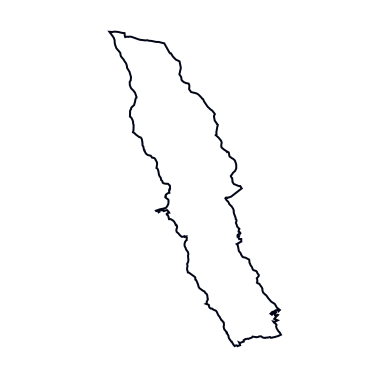 outline of Negomir, Gorj, Romania, rotated 200°
{"feature_id": "2599482B59466565061735", "entity_name": "Negomir", "entity_type": "district", "adm_level": 2, "iso_a3": "ROU", "parent_name": "Romania", "parent_adm1": "Gorj", "projection": "albers", "projection_center": [23.194, 44.802], "detail": "fine", "context": "isolated", "style": "outline", "palette": "ink", "viewbox_px": 384, "rotation_deg": 200, "n_neighbors": 0, "source": "geoboundaries", "source_scale": "gbopen_adm2", "svg_char_len": 5970}
<svg xmlns="http://www.w3.org/2000/svg" viewBox="0 0 384 384"><g transform="rotate(200 192 192)"><path d="M324.4,314.3L319.4,311.0L317.9,309.8L316.7,308.2L315.3,305.1L314.4,303.8L312.2,301.2L307.6,298.6L306.8,297.9L306.0,296.3L305.1,295.1L301.6,293.1L300.0,291.7L298.4,290.7L297.5,289.8L296.1,287.9L295.6,286.6L291.8,283.5L288.6,279.1L287.8,276.0L288.2,274.2L287.1,271.4L285.3,269.2L284.3,268.4L282.2,267.5L279.5,265.8L276.5,262.1L276.4,261.7L276.8,261.0L276.9,260.3L276.7,259.2L276.7,258.5L276.4,257.6L276.3,255.5L276.1,254.0L277.8,250.7L277.9,250.2L277.6,249.0L278.0,247.4L276.1,241.6L274.6,241.2L272.6,239.4L271.3,237.7L270.7,236.1L269.8,235.1L268.1,230.0L267.9,227.9L266.3,227.7L264.5,226.8L260.4,225.6L258.8,225.7L258.0,225.2L257.1,224.3L255.4,221.3L254.4,218.8L253.4,218.2L251.5,215.1L251.0,215.1L250.6,214.2L250.1,214.0L249.4,213.1L247.7,212.0L245.8,211.6L243.3,212.0L242.2,211.4L241.6,210.7L239.1,211.0L238.1,210.6L234.9,207.7L234.2,205.7L233.6,202.4L232.7,202.3L231.8,201.5L230.8,200.2L228.8,196.7L227.7,195.6L226.2,194.7L225.1,192.7L224.1,192.4L223.3,191.7L222.8,190.8L222.1,190.5L220.2,190.6L217.2,191.5L215.9,190.7L215.0,190.5L213.7,187.5L214.1,187.1L213.7,186.3L214.2,185.8L213.0,183.5L213.7,183.2L215.3,181.2L215.7,179.9L215.1,179.3L215.5,178.1L214.9,177.7L211.8,176.8L211.3,176.3L210.4,173.7L210.2,172.6L210.3,171.0L211.0,168.2L213.7,166.3L216.2,164.8L219.5,162.1L219.1,161.8L217.7,162.7L217.3,162.6L217.1,162.0L216.4,161.5L215.9,162.2L216.6,162.7L216.5,163.3L216.0,163.2L215.8,163.4L215.7,163.8L215.9,164.3L215.4,164.8L214.2,164.4L213.6,164.6L213.4,165.4L213.2,165.5L212.2,164.6L212.0,164.8L211.8,164.6L209.3,166.5L207.2,165.4L206.4,164.7L207.3,164.2L207.8,163.6L208.3,162.8L208.3,162.6L207.9,162.1L207.2,162.2L206.8,162.0L205.2,160.2L205.1,159.7L204.3,158.6L203.3,159.1L202.7,159.2L200.2,158.7L198.9,158.2L197.5,157.1L196.3,155.8L196.2,156.1L194.9,155.4L193.9,153.8L193.8,151.0L192.8,149.3L190.5,148.4L188.3,147.1L186.3,146.4L185.4,146.7L184.1,147.8L183.6,147.2L183.4,147.2L182.6,148.1L182.1,148.4L182.0,147.8L181.3,147.5L181.0,146.1L180.5,145.0L181.1,144.0L181.4,143.1L181.3,140.9L180.8,139.4L180.2,138.4L178.8,137.2L178.0,136.0L175.3,134.2L174.1,132.3L174.0,130.8L172.1,126.8L172.0,125.9L171.7,125.1L172.0,122.7L170.9,121.0L170.6,118.9L169.9,117.1L169.0,116.1L168.4,115.0L167.4,115.2L160.4,113.2L159.5,112.5L159.0,110.9L158.8,110.7L158.2,110.7L157.7,110.4L154.8,107.3L153.3,105.1L152.2,104.2L147.7,102.9L146.2,102.8L145.4,102.0L143.1,101.0L142.0,99.6L141.3,97.9L140.4,96.8L140.6,93.6L139.9,92.4L140.6,91.7L137.7,91.7L136.4,89.7L135.4,89.1L134.1,88.9L133.6,89.3L132.8,89.2L131.5,88.7L129.4,88.7L128.1,88.2L125.0,85.1L123.6,84.3L120.5,81.6L119.5,81.5L119.0,80.8L117.6,80.3L116.5,78.1L116.2,76.2L114.8,74.1L111.9,72.3L111.3,71.4L111.0,71.7L110.5,71.0L108.7,69.5L107.6,67.6L106.3,66.5L103.6,64.7L103.4,64.9L100.8,62.7L99.3,61.8L98.5,62.7L97.7,63.1L97.2,63.1L96.6,62.7L94.4,64.5L95.5,66.0L96.2,66.7L95.2,66.6L93.5,68.1L92.2,69.2L92.8,70.3L92.4,70.9L91.7,71.5L91.6,72.0L89.4,73.2L88.6,73.3L87.9,74.2L86.3,75.3L85.9,76.0L85.7,76.8L81.4,77.7L80.2,78.5L79.4,79.3L77.7,80.0L76.0,79.5L75.2,79.5L73.3,79.9L73.0,80.3L70.3,81.5L69.2,82.4L67.9,82.0L64.5,84.1L61.7,86.2L59.6,88.3L61.3,89.8L63.1,90.7L65.7,92.7L67.0,94.4L67.1,95.9L67.3,96.3L69.3,97.2L70.4,97.4L71.3,98.1L69.9,98.3L67.6,100.7L71.3,100.9L70.4,103.3L69.2,105.8L69.9,105.8L70.8,104.1L71.8,104.4L72.0,105.1L72.7,105.5L71.8,107.6L73.0,108.1L74.9,104.0L76.6,104.5L75.6,106.7L74.4,107.5L72.7,109.6L71.9,109.7L71.7,110.2L71.0,110.5L69.9,109.5L69.1,111.2L72.6,112.3L75.5,114.8L76.5,115.3L80.0,116.0L83.9,118.2L86.9,120.3L88.3,120.7L91.0,122.0L92.3,123.9L92.8,125.2L93.9,126.3L96.7,128.2L97.1,128.6L97.7,128.8L98.6,128.6L100.0,129.0L100.1,130.7L101.3,132.9L101.6,133.1L100.6,135.6L100.8,136.8L102.7,138.0L104.0,139.4L105.1,139.7L107.6,139.6L108.5,140.1L109.9,141.8L112.3,143.6L112.9,144.5L113.8,145.2L114.7,147.2L115.2,148.0L119.3,148.6L121.9,148.2L123.7,149.3L125.5,151.2L127.8,152.6L130.7,157.5L132.2,158.3L131.0,159.4L131.0,159.8L130.6,160.0L130.0,161.0L129.7,161.1L129.4,161.7L128.7,162.3L129.0,162.9L129.6,164.6L131.1,164.2L131.3,163.7L131.0,163.1L132.0,164.4L132.8,165.0L132.6,166.7L133.6,166.8L134.0,167.1L134.3,167.1L134.4,166.7L134.6,167.1L134.8,167.0L133.5,168.5L132.6,169.1L132.6,169.4L132.4,169.8L132.8,170.2L133.6,170.2L133.8,170.6L134.2,170.4L134.7,170.7L134.8,171.7L135.1,172.5L134.8,173.5L137.8,175.0L138.4,176.0L140.3,178.1L140.2,179.6L140.6,180.8L141.7,181.6L142.3,182.8L144.9,185.8L146.1,187.6L146.3,188.7L147.6,190.3L149.8,192.0L152.7,193.3L153.6,194.3L154.8,195.3L156.6,196.0L158.5,197.5L158.2,198.3L157.7,198.6L156.6,198.5L156.2,199.2L155.4,199.6L153.6,201.1L146.5,212.4L148.8,214.1L149.6,213.7L150.2,213.6L155.4,213.8L156.9,214.9L157.6,215.6L157.6,216.1L158.5,217.6L158.9,218.7L160.0,219.2L161.0,220.3L160.0,224.1L158.7,226.6L158.5,229.3L159.7,232.6L161.2,234.8L162.5,236.2L163.1,236.6L165.0,237.3L166.6,237.5L167.7,238.0L168.7,238.1L169.3,238.8L170.7,241.3L171.2,241.8L172.3,242.0L172.7,241.5L173.7,242.2L176.1,242.7L178.9,243.7L179.7,244.2L180.2,245.2L180.7,246.7L181.0,248.6L181.8,249.7L182.8,250.5L185.7,252.2L189.2,253.6L188.7,254.8L189.5,256.2L190.5,261.7L190.6,263.7L190.8,264.1L191.9,264.4L192.2,264.9L195.1,266.9L197.1,270.3L197.4,271.2L197.1,272.6L197.2,273.1L200.8,275.4L202.8,275.9L206.5,277.5L211.6,281.2L213.3,283.0L214.6,283.3L215.3,283.9L219.3,285.8L221.6,286.2L227.0,285.6L229.6,287.4L230.1,288.2L230.4,289.8L231.0,291.3L232.2,292.7L235.2,292.3L237.5,292.5L239.7,293.4L240.3,294.0L241.4,296.2L243.0,297.5L243.8,297.9L244.2,298.5L244.3,300.2L244.7,302.5L244.7,303.6L245.1,305.1L248.4,310.5L252.5,310.9L256.2,312.7L259.3,315.1L259.9,314.8L261.0,315.4L268.9,322.2L274.6,321.6L276.8,320.8L281.8,320.1L284.2,319.4L285.6,319.4L288.0,318.4L293.3,317.2L302.3,317.1L304.2,316.5L304.9,316.0L306.3,315.7L307.7,314.7L308.1,315.0L308.8,316.2L309.7,318.2L312.8,317.5L315.8,317.2L319.1,316.4L320.9,315.6L321.3,315.2L324.4,314.3Z" fill="none" stroke="#020617" stroke-width="2"/></g></svg>